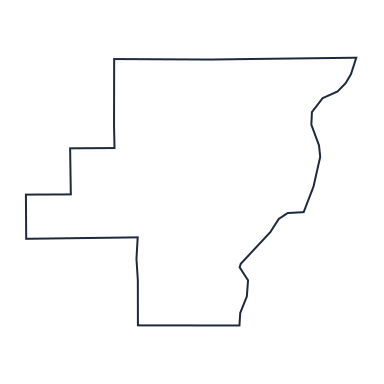 outline of Warren, Missouri, United States of America, rotated 269°
{"feature_id": "52423323B24848348476701", "entity_name": "Warren", "entity_type": "district", "adm_level": 2, "iso_a3": "USA", "parent_name": "United States of America", "parent_adm1": "Missouri", "projection": "orthographic", "projection_center": [-91.171, 38.77], "detail": "fine", "context": "isolated", "style": "outline", "palette": "slate", "viewbox_px": 384, "rotation_deg": 269, "n_neighbors": 0, "source": "geoboundaries", "source_scale": "gbopen_adm2", "svg_char_len": 566}
<svg xmlns="http://www.w3.org/2000/svg" viewBox="0 0 384 384"><g transform="rotate(269 192 192)"><path d="M323.4,358.6L324.0,243.4L324.1,212.8L326.3,116.5L259.1,115.2L237.3,115.3L237.8,70.9L191.7,70.8L192.3,25.9L148.1,25.4L147.6,136.9L126.1,135.3L104.5,136.3L59.6,135.6L57.7,237.1L70.2,238.1L86.6,245.0L102.7,246.5L115.9,238.3L119.4,239.5L150.5,269.6L163.6,278.3L169.3,287.3L169.9,303.3L195.4,313.6L224.9,320.8L236.4,319.8L257.2,312.5L269.8,313.3L283.6,324.3L290.0,339.3L298.1,347.5L307.0,353.0L323.4,358.6Z" fill="none" stroke="#1e293b" stroke-width="2"/></g></svg>